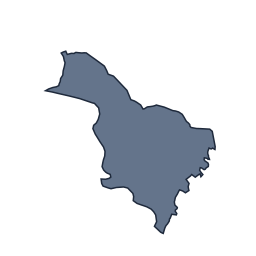 Afikpo North, Ebonyi, Nigeria (Natural Earth projection), rotated 136°
{"feature_id": "59680162B68024378624756", "entity_name": "Afikpo North", "entity_type": "district", "adm_level": 2, "iso_a3": "NGA", "parent_name": "Nigeria", "parent_adm1": "Ebonyi", "projection": "natural_earth1", "projection_center": [7.923, 5.873], "detail": "fine", "context": "isolated", "style": "filled", "palette": "slate", "viewbox_px": 256, "rotation_deg": 136, "n_neighbors": 0, "source": "geoboundaries", "source_scale": "gbopen_adm2", "svg_char_len": 2432}
<svg xmlns="http://www.w3.org/2000/svg" viewBox="0 0 256 256"><g transform="rotate(136 128 128)"><path d="M161.4,212.1L157.3,206.2L154.5,201.8L148.5,192.6L144.1,185.6L142.2,182.5L136.1,170.7L135.0,169.0L135.1,165.2L135.1,164.9L135.1,164.0L135.1,162.9L137.0,160.1L138.6,157.7L143.4,154.9L147.3,153.6L150.8,153.8L153.7,151.9L155.8,146.3L156.6,142.5L157.7,137.6L158.8,131.4L160.4,127.9L160.9,127.0L164.2,124.0L167.7,122.2L170.0,120.7L173.5,118.2L174.7,114.7L174.7,111.8L174.3,109.9L173.0,107.0L174.5,104.6L176.5,104.9L179.7,106.7L182.8,110.0L183.6,108.9L185.5,106.3L186.3,103.5L184.0,98.9L182.4,96.1L181.7,95.7L177.7,93.3L175.7,91.6L172.2,88.7L171.0,86.8L169.9,85.0L169.9,82.2L169.9,77.6L171.5,74.8L174.7,72.1L173.9,67.5L171.6,62.9L171.1,62.0L169.2,58.2L167.7,53.6L167.7,49.9L168.5,46.2L172.5,40.7L177.3,38.9L176.9,30.4L176.4,28.9L175.9,27.7L170.9,30.5L168.5,31.4L166.1,31.6L163.0,32.4L161.2,33.8L160.3,33.8L156.5,35.6L153.6,31.9L152.3,32.6L151.9,35.2L150.9,36.1L148.7,35.9L147.7,36.6L147.8,40.0L146.0,42.7L144.9,43.3L142.1,45.2L138.3,46.2L135.9,47.1L133.9,47.7L132.4,44.7L131.7,41.5L127.6,40.7L126.6,42.4L125.4,44.1L122.6,45.7L121.9,50.7L116.4,50.1L114.5,50.3L113.8,45.9L109.0,45.3L108.1,44.9L109.4,42.3L106.5,42.5L106.3,45.3L105.8,47.9L103.6,49.3L102.8,48.2L102.6,46.9L102.2,45.2L101.2,44.7L99.3,45.0L97.0,44.5L95.5,45.8L94.8,47.3L95.5,50.9L95.3,52.3L93.8,53.5L92.7,52.0L92.2,51.2L92.2,50.0L91.2,48.8L90.8,49.5L90.3,51.2L89.4,52.1L88.7,53.8L87.6,55.1L86.8,55.7L85.1,56.6L83.6,57.3L83.2,55.9L82.5,55.0L81.2,54.8L80.8,53.9L80.6,52.5L80.4,52.1L78.2,54.1L69.7,67.1L70.0,70.4L76.4,77.3L79.1,80.1L82.3,84.6L82.2,86.1L81.2,87.6L81.1,89.9L81.4,92.0L81.1,93.5L80.3,96.5L79.5,100.2L80.4,104.3L82.0,107.2L83.7,109.4L87.4,117.8L91.7,124.9L92.7,125.2L94.8,126.3L97.6,128.3L98.7,129.2L99.3,129.6L99.7,129.8L102.2,130.3L102.7,130.4L103.5,130.9L104.0,131.2L102.9,135.8L103.9,140.6L104.6,143.0L106.3,146.4L102.6,155.8L102.4,175.4L104.9,180.5L103.5,184.0L102.0,188.9L103.9,200.1L105.0,205.8L105.9,211.1L107.6,212.8L109.1,214.0L111.6,216.9L113.0,218.6L113.9,218.9L114.9,219.0L115.9,220.0L116.8,221.0L118.9,222.2L120.6,223.1L119.4,226.5L121.5,227.5L122.8,228.0L124.0,228.3L124.2,227.2L124.8,224.3L127.1,220.6L127.9,218.7L130.7,216.7L131.8,216.0L132.7,215.5L135.0,214.1L138.2,211.3L142.1,210.4L144.5,208.5L146.8,207.6L148.4,206.6L150.9,207.4L154.0,209.4L154.9,209.8L157.9,211.2L161.4,212.1Z" fill="#64748b" stroke="#1e293b" stroke-width="1.5"/></g></svg>